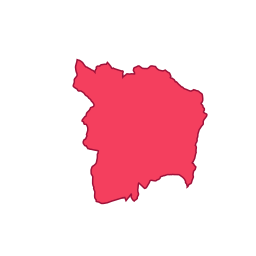 the district of Sutatausa, Cundinamarca, Colombia, rotated 133°
{"feature_id": "7082276B12130404370303", "entity_name": "Sutatausa", "entity_type": "district", "adm_level": 2, "iso_a3": "COL", "parent_name": "Colombia", "parent_adm1": "Cundinamarca", "projection": "albers", "projection_center": [-73.854, 5.238], "detail": "fine", "context": "isolated", "style": "filled", "palette": "rose", "viewbox_px": 256, "rotation_deg": 133, "n_neighbors": 0, "source": "geoboundaries", "source_scale": "gbopen_adm2", "svg_char_len": 5712}
<svg xmlns="http://www.w3.org/2000/svg" viewBox="0 0 256 256"><g transform="rotate(133 128 128)"><path d="M200.2,94.9L199.9,94.5L196.7,92.1L192.7,90.1L183.0,84.5L182.6,84.3L182.8,84.1L182.5,83.8L181.0,83.0L182.5,79.9L178.9,80.2L177.6,80.2L176.3,80.5L175.8,80.4L174.4,80.7L174.2,80.6L174.7,79.7L175.6,79.5L176.6,78.1L176.6,77.9L176.8,77.1L177.1,76.4L177.2,75.8L177.3,75.6L177.3,75.3L177.3,74.1L177.1,73.6L176.4,73.7L174.4,73.2L173.2,73.2L172.4,73.9L171.6,74.3L170.0,74.7L169.5,75.0L169.1,75.3L168.8,75.7L167.9,77.3L166.4,78.9L165.3,79.6L161.8,82.3L160.8,82.5L160.8,78.6L160.9,75.4L160.8,74.6L159.6,74.0L158.1,74.1L156.1,74.6L153.7,75.1L151.7,75.9L151.2,75.9L150.9,75.7L150.4,75.4L149.9,74.7L149.3,73.7L148.1,72.0L147.5,71.6L147.0,71.4L145.9,71.3L145.3,70.9L144.8,70.6L143.9,70.4L142.9,70.4L141.6,70.9L140.9,70.7L139.2,69.7L138.8,69.6L138.4,69.4L138.1,69.0L137.9,68.8L136.1,67.9L135.4,67.5L134.9,67.1L133.9,65.9L132.9,65.0L132.7,64.6L132.4,64.4L131.5,63.7L130.6,62.5L127.8,59.4L127.4,58.8L127.2,58.4L127.1,57.4L126.7,54.5L126.8,52.5L127.0,51.5L127.6,49.9L127.9,49.4L128.6,48.8L128.8,48.4L129.0,46.8L129.5,46.2L129.6,45.8L129.9,45.5L130.2,44.8L130.8,44.4L130.3,44.3L129.4,44.4L127.9,44.9L127.1,44.7L125.9,44.2L125.2,44.2L124.8,44.3L122.5,45.5L120.8,46.1L119.2,46.8L118.9,47.2L118.5,47.8L117.4,49.0L115.3,50.3L114.7,50.6L114.0,50.6L112.8,50.6L112.3,50.7L110.2,51.8L110.1,53.8L109.5,55.8L109.6,56.3L109.8,56.9L109.7,57.2L109.5,57.4L108.9,57.5L108.3,57.4L104.8,58.5L103.6,59.2L102.0,60.2L101.4,60.5L100.8,60.9L99.5,61.4L99.2,61.7L98.6,62.5L97.8,63.1L97.3,63.6L95.9,64.5L95.6,64.8L95.0,65.7L94.8,66.2L94.8,66.9L94.5,67.0L94.0,67.3L92.9,68.0L91.8,68.1L91.3,68.3L90.3,68.7L89.6,69.3L89.1,69.9L88.7,70.3L87.6,70.7L86.8,71.1L85.5,72.1L84.9,72.7L80.6,74.8L78.0,75.2L76.7,75.5L75.2,75.5L74.0,75.6L73.8,75.7L71.8,77.5L70.6,78.0L69.6,78.2L68.0,78.3L65.9,78.6L65.5,78.7L64.7,79.2L64.3,79.6L64.2,80.1L64.7,81.5L64.9,82.5L64.9,83.1L64.9,83.6L64.5,83.9L64.1,84.1L63.0,84.3L62.8,84.4L61.7,85.5L61.6,87.2L61.5,87.4L61.2,87.7L60.7,88.5L60.5,89.7L60.4,91.0L60.1,91.4L59.8,91.5L58.5,91.5L57.2,92.0L56.7,92.3L55.3,93.6L53.4,95.8L52.7,96.9L52.7,97.5L52.8,98.6L53.0,99.6L53.0,101.0L53.1,101.9L54.4,104.2L54.5,105.0L54.8,105.4L55.3,105.6L55.4,106.2L55.8,106.2L56.4,106.4L58.1,107.1L58.7,108.2L59.2,109.3L60.0,111.6L60.8,113.4L61.0,114.1L60.9,115.7L61.1,116.4L61.5,116.9L61.5,117.1L61.4,118.8L61.5,120.6L61.2,124.0L61.5,124.2L61.7,124.5L61.9,125.0L61.4,126.2L61.4,126.5L61.2,127.1L61.2,127.4L61.4,128.1L61.4,129.4L62.0,130.4L62.2,130.8L62.3,131.2L62.1,131.6L61.1,131.8L60.9,132.0L60.1,133.7L59.6,134.9L59.6,135.6L60.0,136.9L60.2,138.6L60.2,139.9L60.2,140.2L60.5,140.4L61.6,140.9L62.3,141.3L62.6,141.6L63.5,143.0L64.3,144.5L64.5,145.1L64.7,146.0L64.8,147.3L64.7,148.2L64.3,149.8L65.1,151.0L66.2,152.7L66.8,153.3L67.5,153.8L69.4,153.9L71.1,154.2L72.1,155.2L72.8,156.1L73.4,156.6L73.8,157.3L74.5,158.0L75.0,161.7L75.1,162.3L75.3,162.5L75.9,163.0L77.5,163.5L79.1,164.3L79.7,164.5L80.3,164.5L80.7,164.3L82.3,163.3L82.9,161.5L83.1,161.0L83.4,160.6L84.0,160.1L85.4,161.7L86.2,162.6L87.5,163.6L89.0,165.6L89.5,165.9L90.8,165.9L91.1,166.0L92.3,166.2L93.6,166.5L94.4,166.4L93.9,167.1L92.5,168.1L92.0,168.9L91.8,169.1L90.8,169.5L90.2,169.9L90.0,170.1L89.9,170.5L90.0,170.7L90.1,171.1L90.6,171.4L93.6,177.7L94.1,178.9L94.2,179.7L95.2,180.1L95.3,180.3L95.3,181.0L95.2,181.3L94.8,182.3L94.6,183.5L94.2,186.2L94.1,187.8L96.1,187.3L97.4,188.7L100.0,190.7L100.5,190.9L101.2,191.0L102.0,190.9L103.7,192.6L105.2,192.7L105.9,191.7L106.4,191.6L107.2,191.5L108.2,191.2L109.0,190.9L109.8,190.2L109.7,191.1L109.8,192.9L110.4,194.2L110.7,196.3L111.2,197.8L111.4,199.3L112.1,200.7L111.7,203.2L111.1,205.8L111.2,207.3L111.6,209.6L112.2,210.6L112.7,211.8L114.5,210.6L118.5,208.5L119.4,207.8L119.9,207.2L121.3,205.5L122.2,204.2L122.9,202.7L123.7,201.6L124.1,201.2L124.8,200.9L125.4,200.8L128.3,200.6L129.0,200.4L129.5,200.1L130.9,198.7L131.7,198.2L134.0,197.2L134.7,196.7L134.9,195.9L134.8,194.5L134.3,191.9L134.3,191.6L134.4,191.1L134.7,190.6L134.7,189.8L134.4,189.0L133.6,188.5L133.0,187.5L132.6,185.6L132.5,183.6L132.9,182.3L133.0,181.4L132.9,180.7L132.6,179.7L132.6,178.3L132.9,177.0L132.7,175.2L132.8,174.4L133.2,173.4L133.3,171.0L133.5,170.5L133.6,170.0L134.0,168.9L134.4,168.5L134.8,168.2L135.7,167.9L136.5,168.2L138.6,169.2L139.0,169.1L140.3,168.6L140.9,168.5L141.7,168.4L144.3,168.5L145.3,168.4L146.3,167.9L147.7,167.0L148.1,166.9L148.5,167.0L148.9,167.3L149.1,167.3L151.7,167.1L152.9,167.0L153.6,166.8L154.2,166.4L154.3,166.1L154.2,165.6L154.0,165.3L153.9,165.0L153.9,164.5L154.1,164.1L154.9,163.2L155.0,162.9L155.0,162.5L153.8,161.0L153.8,160.9L154.6,158.8L155.1,157.9L155.5,157.4L156.6,156.3L157.5,155.6L161.1,153.9L161.4,153.5L161.6,152.9L161.8,152.7L162.5,152.3L163.4,152.2L164.5,151.6L165.1,151.5L165.6,151.6L166.1,152.1L166.5,152.1L167.3,151.9L168.6,151.4L168.9,151.1L169.3,150.8L169.8,150.0L170.3,147.9L170.2,147.2L169.9,146.7L169.6,146.6L169.5,146.4L169.5,146.2L169.8,145.8L170.0,144.6L170.2,144.2L170.3,143.6L170.4,143.1L170.1,142.8L169.9,142.7L169.5,141.5L168.7,140.4L167.3,138.0L165.1,134.6L165.0,134.1L165.3,133.8L166.5,133.1L166.8,132.7L168.0,132.6L169.4,131.3L169.7,131.0L171.0,129.9L174.6,127.7L175.5,127.3L176.3,127.2L178.3,127.3L179.1,127.5L179.8,127.7L180.6,127.8L181.4,127.6L183.7,126.5L184.4,125.9L186.2,124.1L186.5,123.7L186.8,123.1L187.2,121.6L187.4,121.1L187.6,120.6L188.0,120.2L190.1,118.4L192.7,116.0L194.0,114.1L194.3,113.2L194.6,112.7L194.8,112.4L195.6,111.9L195.8,111.7L197.0,109.2L197.6,108.4L200.0,106.5L201.1,105.4L201.7,104.6L201.9,104.0L202.1,103.5L202.2,102.4L203.3,101.3L203.3,101.0L203.2,100.8L202.0,98.7L201.5,96.7L201.2,95.9L200.7,95.3L200.4,95.0L200.2,94.9Z" fill="#f43f5e" stroke="#9f1239" stroke-width="1.5"/></g></svg>